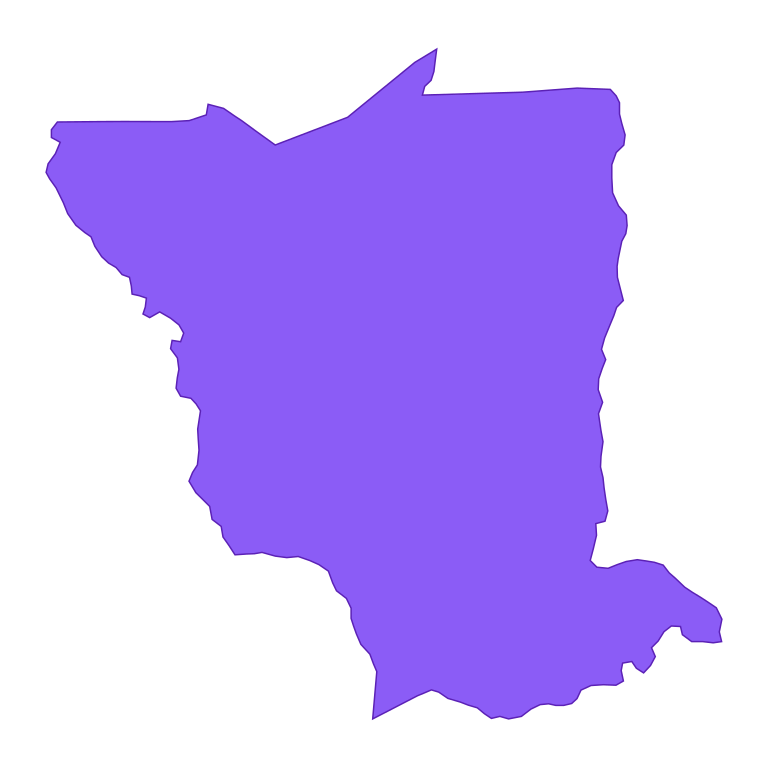 Nordestina, Bahia, Brazil
{"feature_id": "56859067B76720790859008", "entity_name": "Nordestina", "entity_type": "district", "adm_level": 2, "iso_a3": "BRA", "parent_name": "Brazil", "parent_adm1": "Bahia", "projection": "orthographic", "projection_center": [-39.446, -10.879], "detail": "fine", "context": "isolated", "style": "filled", "palette": "violet", "viewbox_px": 768, "rotation_deg": 0, "n_neighbors": 0, "source": "geoboundaries", "source_scale": "gbopen_adm2", "svg_char_len": 2601}
<svg xmlns="http://www.w3.org/2000/svg" viewBox="0 0 768 768"><path d="M57.4,122.0L51.4,129.7L51.4,137.5L60.2,142.3L55.4,153.7L48.1,163.8L46.1,172.4L49.7,178.9L56.1,187.9L63.4,202.8L67.7,213.6L75.9,225.3L84.9,232.6L91.0,236.8L94.9,246.4L101.7,256.7L108.6,263.1L116.1,267.5L122.1,274.6L129.5,277.3L131.3,285.9L132.1,294.1L139.3,295.7L146.4,298.1L145.3,307.0L143.0,314.0L149.7,317.6L159.7,311.9L170.4,318.1L179.0,324.9L183.7,333.1L180.6,341.7L172.1,340.4L170.6,348.7L177.4,357.9L178.9,369.3L177.3,377.8L176.1,388.2L180.6,396.2L190.9,398.3L196.1,403.9L200.5,410.8L199.3,418.6L197.7,429.1L198.2,438.4L199.0,450.3L197.4,464.9L192.6,472.4L189.0,481.2L195.9,492.7L202.1,498.8L209.7,506.4L212.1,519.4L221.2,526.4L223.0,537.0L228.9,545.4L235.0,554.8L246.5,554.0L254.4,553.7L262.0,552.4L275.3,556.1L286.8,557.6L298.2,556.5L309.7,560.5L318.9,564.6L328.4,571.1L332.7,582.9L336.5,590.8L346.4,598.4L351.1,608.2L351.1,618.4L353.6,626.1L356.4,633.9L360.9,644.4L369.9,654.2L373.5,663.9L376.8,671.6L372.7,718.9L417.6,695.7L424.4,692.9L431.4,689.9L438.7,692.1L447.9,698.4L460.4,702.1L468.2,705.1L477.3,707.8L484.4,713.7L491.4,718.4L499.9,716.4L508.6,718.9L521.4,716.4L530.9,709.1L540.2,704.6L548.6,703.8L555.8,705.4L563.7,705.4L571.7,703.5L577.0,698.6L581.0,690.1L591.0,685.5L603.3,684.7L616.0,685.2L623.4,681.0L621.2,670.6L622.6,663.1L631.8,661.5L636.4,668.3L643.6,672.9L650.5,665.5L655.3,656.6L651.5,647.7L658.1,641.1L664.0,631.7L671.3,626.0L680.5,626.5L682.4,634.7L691.7,641.6L702.8,641.6L713.2,642.8L721.6,641.6L719.3,631.9L721.9,619.2L716.3,607.8L707.9,602.1L700.4,597.2L692.5,592.4L684.7,587.2L675.7,578.6L669.2,572.9L663.2,565.1L654.4,562.3L646.4,561.0L637.3,559.7L626.2,561.5L617.3,564.6L608.1,568.3L596.9,567.2L590.2,560.5L593.3,548.8L596.5,535.3L595.8,523.6L605.0,521.2L607.8,510.9L605.8,499.6L604.1,488.0L603.0,477.6L600.5,467.0L601.0,456.3L603.0,441.7L601.0,430.8L599.8,422.7L598.5,413.7L602.6,402.3L598.2,389.7L598.7,378.8L602.3,368.2L605.7,359.6L601.5,349.3L604.6,338.0L609.8,325.3L613.8,315.7L616.6,307.4L623.3,300.5L620.7,290.3L617.4,277.3L617.1,266.4L618.2,258.6L620.2,248.9L621.8,241.2L625.8,233.7L627.1,225.6L626.3,215.1L618.5,205.8L612.6,192.8L611.8,178.0L611.8,164.7L616.2,152.5L623.8,145.1L625.1,134.9L621.8,123.5L619.5,114.1L619.5,102.7L616.2,95.9L610.3,89.4L577.1,88.1L522.6,92.2L422.4,95.1L424.7,86.4L431.1,80.3L433.9,71.5L435.0,62.4L436.7,49.1L414.8,62.4L355.9,110.5L347.6,117.3L275.2,145.0L255.6,130.9L241.6,120.6L234.9,116.2L223.6,108.4L208.1,104.3L206.3,114.9L189.2,120.6L171.8,121.6L157.0,121.6L124.1,121.5L102.1,121.6L57.4,122.0Z" fill="#8b5cf6" stroke="#5b21b6" stroke-width="1.5"/></svg>